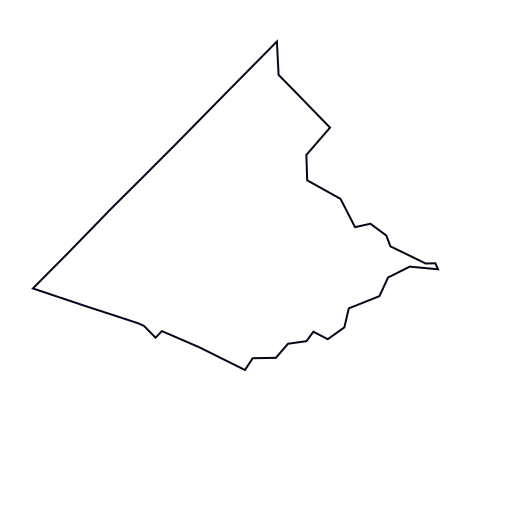 outline of Cherokee, South Carolina, United States of America, rotated 312°
{"feature_id": "52423323B2982594216676", "entity_name": "Cherokee", "entity_type": "district", "adm_level": 2, "iso_a3": "USA", "parent_name": "United States of America", "parent_adm1": "South Carolina", "projection": "albers", "projection_center": [-81.606, 35.012], "detail": "fine", "context": "isolated", "style": "outline", "palette": "ink", "viewbox_px": 512, "rotation_deg": 312, "n_neighbors": 0, "source": "geoboundaries", "source_scale": "gbopen_adm2", "svg_char_len": 788}
<svg xmlns="http://www.w3.org/2000/svg" viewBox="0 0 512 512"><g transform="rotate(312 256 256)"><path d="M367.9,400.1L370.6,394.2L363.9,387.0L353.1,349.4L358.4,339.1L356.5,319.4L343.7,310.3L355.0,280.6L346.5,243.4L364.8,225.8L400.9,225.1L404.2,176.2L405.7,151.6L429.4,128.0L375.5,125.5L370.8,125.3L364.7,125.0L342.8,124.0L342.3,124.0L307.5,122.5L282.6,121.4L259.9,120.2L238.2,119.1L214.9,117.8L190.7,116.5L175.5,116.0L155.3,115.2L152.4,115.1L132.1,114.3L82.8,111.9L82.6,111.9L104.5,162.4L110.4,175.6L127.2,213.6L129.1,219.4L128.7,225.7L128.1,236.0L137.2,236.3L150.1,274.6L163.9,324.1L177.8,321.9L193.6,338.9L212.2,338.5L226.5,350.5L238.1,349.3L242.2,365.0L262.1,369.4L279.2,360.0L308.8,374.6L328.4,368.5L351.0,377.4L367.9,400.1Z" fill="none" stroke="#020617" stroke-width="2"/></g></svg>